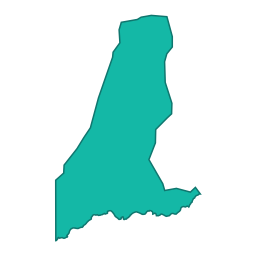 the district of Fray Marcos, Florida, Uruguay
{"feature_id": "84410073B87921913847121", "entity_name": "Fray Marcos", "entity_type": "district", "adm_level": 2, "iso_a3": "URY", "parent_name": "Uruguay", "parent_adm1": "Florida", "projection": "robinson", "projection_center": [-55.745, -34.114], "detail": "fine", "context": "isolated", "style": "filled", "palette": "teal", "viewbox_px": 256, "rotation_deg": 0, "n_neighbors": 0, "source": "geoboundaries", "source_scale": "gbopen_adm2", "svg_char_len": 4937}
<svg xmlns="http://www.w3.org/2000/svg" viewBox="0 0 256 256"><path d="M188.8,207.0L189.3,206.1L189.8,204.7L190.7,203.7L191.3,202.5L192.1,202.1L192.3,200.8L193.0,199.5L193.5,198.5L194.6,198.0L195.2,196.7L196.4,195.5L198.0,195.0L199.2,194.0L200.3,194.0L195.4,187.4L190.4,192.1L176.4,188.4L164.7,190.5L162.8,183.8L148.9,159.6L155.4,142.9L155.7,129.5L167.3,117.8L171.6,113.8L171.9,103.3L165.2,82.4L164.6,61.7L166.8,53.8L172.3,47.0L172.3,36.6L166.9,16.7L151.3,15.4L141.1,17.2L137.3,19.5L121.3,22.3L119.1,29.8L119.9,42.8L113.1,52.2L112.6,57.3L98.5,97.8L90.4,127.8L83.9,137.5L77.0,148.7L64.1,165.1L63.7,173.1L55.7,180.2L55.8,240.6L56.2,240.5L56.3,240.5L56.5,240.4L56.7,240.2L56.7,239.9L56.8,239.9L56.9,239.7L57.0,239.5L57.1,239.4L57.4,239.2L57.5,239.1L57.6,238.9L57.8,238.5L57.8,238.4L58.0,237.9L58.1,237.7L58.3,237.5L58.5,237.5L58.8,237.9L59.0,238.0L59.3,238.0L59.5,238.1L59.8,238.2L60.0,238.1L60.2,237.9L60.3,237.9L60.7,237.8L60.9,237.7L61.1,237.7L61.4,237.7L61.7,237.7L62.2,237.6L62.4,237.6L62.5,237.7L62.6,237.8L62.9,238.0L63.1,238.0L63.6,238.2L64.1,238.2L64.3,238.2L64.7,238.1L65.2,237.9L65.4,237.8L66.0,237.4L66.5,237.2L67.1,237.1L67.4,236.9L67.5,236.6L67.5,236.4L67.4,236.3L67.4,236.2L67.2,236.1L67.0,235.9L66.9,235.9L66.9,235.5L66.9,235.4L67.2,235.1L67.5,234.8L67.6,234.7L67.9,234.4L68.1,234.3L68.2,234.1L68.5,233.7L68.9,233.2L69.1,232.9L69.1,232.7L69.2,232.1L69.3,231.9L69.4,231.6L69.7,230.7L69.9,230.4L70.0,230.2L70.4,229.7L71.0,228.9L71.3,228.7L71.5,228.7L71.8,228.6L72.0,228.4L72.3,228.2L72.9,228.0L73.3,228.0L73.7,227.9L73.8,227.9L74.0,227.9L74.4,228.0L74.6,228.0L74.8,228.1L75.0,228.1L75.6,228.1L76.1,228.4L76.4,228.4L76.6,228.4L76.8,228.4L77.1,228.4L77.5,228.5L77.9,228.5L78.1,228.4L78.5,228.4L79.4,227.9L80.3,227.6L80.7,227.4L80.9,227.3L81.2,227.3L81.4,227.3L81.8,227.3L82.1,227.3L82.5,227.1L82.7,226.9L82.8,226.8L82.9,226.6L83.1,226.4L83.1,226.2L83.3,226.1L83.4,225.9L83.5,225.5L84.3,225.0L85.1,224.5L85.3,224.3L85.7,223.9L86.0,223.6L86.2,223.4L86.4,223.1L86.6,222.8L86.8,222.6L86.9,222.4L87.2,222.1L87.4,221.9L87.6,221.7L87.9,221.5L88.1,221.2L88.3,221.0L88.5,220.8L88.8,220.6L89.2,220.3L89.6,220.0L89.9,219.9L90.1,219.8L90.6,219.5L90.8,219.4L91.1,219.2L91.3,218.9L91.3,218.6L91.3,218.1L91.3,217.9L91.3,217.3L91.6,217.1L91.7,216.9L92.0,216.5L92.3,216.1L92.5,215.9L92.7,215.5L93.0,215.2L93.3,214.9L93.7,214.8L94.0,214.7L94.4,214.8L94.8,214.8L95.0,214.8L95.4,214.9L95.6,215.0L95.8,215.1L96.0,215.1L96.4,215.0L96.6,214.9L96.8,214.8L97.0,214.7L97.3,214.7L97.5,214.8L98.0,215.2L98.2,215.3L98.4,215.4L98.6,215.4L98.8,215.4L99.3,215.3L99.5,215.3L99.9,215.2L100.2,215.2L100.3,215.2L100.6,215.0L101.0,214.8L101.3,214.8L101.5,214.8L102.1,214.7L102.3,214.6L102.6,214.4L103.0,214.2L103.6,213.9L103.9,213.8L104.0,213.7L104.3,213.5L104.5,213.5L104.9,213.9L105.0,214.0L105.4,214.0L105.6,214.0L105.8,213.9L106.0,213.7L106.3,213.6L106.6,213.5L106.9,213.5L107.2,213.4L107.3,213.3L107.4,213.2L107.5,213.1L107.5,212.7L107.5,212.2L107.5,211.8L107.5,211.6L107.6,211.4L107.8,211.3L108.0,211.2L108.3,211.1L109.2,210.8L109.5,210.8L109.8,210.7L110.1,210.7L110.3,210.7L110.9,210.9L111.4,211.1L112.2,211.9L112.4,212.1L112.6,212.3L112.8,212.5L113.0,212.9L113.2,213.1L113.4,213.4L113.6,213.6L113.8,213.9L114.0,214.1L114.1,214.3L114.2,214.5L114.4,214.8L114.5,215.1L114.7,215.4L114.8,215.5L114.9,215.9L115.1,216.0L115.3,216.2L115.4,216.4L115.6,216.5L115.9,216.9L116.1,217.1L116.4,217.3L116.7,217.5L117.1,217.7L117.2,217.8L117.5,217.9L117.7,218.1L117.8,218.3L118.0,218.4L118.4,218.8L118.5,218.9L118.5,219.0L118.8,219.2L118.9,219.3L119.0,219.4L119.3,219.4L119.5,219.4L120.1,219.2L120.4,219.2L120.6,219.2L120.8,219.0L121.1,218.9L121.2,218.6L121.1,218.3L121.2,218.0L121.2,217.9L121.2,217.6L121.3,217.5L121.6,217.4L122.1,217.1L122.3,217.0L122.6,216.9L122.9,216.8L123.0,217.0L123.3,217.4L123.3,217.6L123.3,217.8L123.3,218.2L123.3,218.5L123.4,218.9L123.5,219.0L123.7,219.3L123.9,219.4L124.0,219.5L124.3,219.5L124.4,219.4L124.6,219.3L124.7,219.2L124.8,219.2L125.0,219.1L125.5,219.1L125.9,219.1L126.1,219.1L126.3,219.1L126.5,219.0L126.7,218.8L126.8,218.7L126.9,218.4L127.0,218.3L127.2,218.1L128.3,217.6L128.5,217.4L128.8,217.1L128.9,216.9L129.0,216.8L129.5,216.5L129.6,216.4L129.7,216.2L129.8,216.1L129.9,215.9L130.1,215.6L130.2,215.3L130.2,215.1L130.3,215.0L130.6,215.0L130.6,214.9L130.9,214.7L131.0,214.6L131.3,214.4L131.5,214.2L132.0,213.7L133.4,212.8L134.6,212.3L136.2,211.8L137.5,212.2L139.2,212.8L140.9,213.6L142.2,214.3L143.9,214.3L145.1,214.0L145.9,213.1L146.7,211.8L148.1,210.8L149.0,211.2L149.7,210.5L151.0,210.8L152.3,211.6L152.8,212.8L152.8,214.1L153.7,213.8L154.7,213.2L155.7,213.5L156.2,214.6L156.4,215.7L158.5,215.7L160.1,215.0L161.0,214.1L161.9,214.1L163.6,214.9L164.8,215.6L166.2,216.3L167.8,216.0L169.5,215.6L170.7,214.2L171.8,213.5L173.0,213.4L174.5,214.0L176.1,214.1L177.7,212.6L179.6,211.2L180.5,209.9L180.8,208.1L182.2,206.8L183.7,206.5L185.3,207.0L187.2,206.1L188.3,206.5L188.8,207.0Z" fill="#14b8a6" stroke="#0f766e" stroke-width="1.5"/></svg>